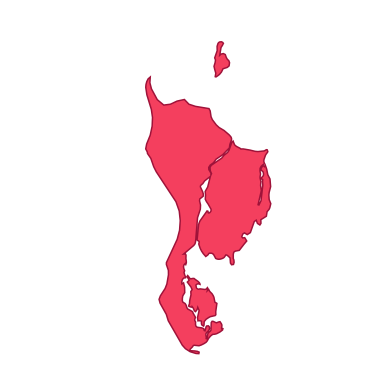 SVG path tracing the border of Nordjylland, rotated 289°
{"feature_id": "DNK-3418", "entity_name": "Nordjylland", "entity_type": "Region", "adm_level": 1, "iso_a3": "DNK", "parent_name": "Denmark", "parent_adm1": "", "projection": "natural_earth1", "projection_center": [9.42, 57.153], "detail": "fine", "context": "isolated", "style": "filled", "palette": "rose", "viewbox_px": 384, "rotation_deg": 289, "n_neighbors": 0, "source": "natural_earth", "source_scale": "10m", "svg_char_len": 5500}
<svg xmlns="http://www.w3.org/2000/svg" viewBox="0 0 384 384"><g transform="rotate(289 192 192)"><path d="M152.2,255.7L150.2,252.2L149.2,251.4L148.6,251.1L146.6,251.3L142.5,252.7L141.4,253.7L139.2,254.7L137.0,254.8L136.1,253.1L137.3,251.5L142.0,249.5L143.1,247.2L143.7,245.4L143.5,244.5L140.9,243.8L139.9,243.2L139.0,242.3L138.3,241.4L137.7,240.5L137.1,239.2L136.8,237.6L136.9,236.0L137.4,235.5L139.8,232.9L140.0,232.3L140.5,231.6L140.4,230.1L139.9,228.6L139.3,227.9L138.1,227.7L137.2,227.2L135.5,226.0L137.4,222.7L139.4,220.1L141.5,218.0L144.6,215.6L145.3,215.3L146.1,215.2L147.0,215.1L147.6,214.7L148.1,212.8L148.5,212.4L163.6,208.8L167.0,208.9L179.0,212.4L179.0,213.4L177.7,214.0L177.6,214.8L178.4,215.6L179.8,216.1L181.2,216.0L182.2,215.3L185.9,211.1L187.6,208.8L189.5,206.9L193.5,205.8L196.8,204.3L201.8,205.2L212.7,204.3L206.6,200.3L203.5,199.5L201.5,198.3L200.4,198.0L199.5,198.3L195.9,201.8L194.0,203.2L191.8,204.0L189.9,202.9L188.0,201.6L186.1,202.0L182.5,204.3L178.4,205.5L169.5,205.6L146.0,211.6L144.0,211.7L142.1,211.1L130.6,204.3L131.3,206.0L130.4,206.9L127.1,207.9L124.6,209.2L123.2,209.7L121.5,209.7L122.2,208.9L120.3,208.1L118.5,208.3L116.8,209.3L115.1,210.7L113.4,210.6L111.3,212.0L109.5,213.6L108.8,213.8L107.9,212.1L105.9,211.4L103.5,211.6L101.8,212.4L103.3,213.6L99.6,216.0L94.5,217.9L90.8,217.1L88.4,217.5L86.0,218.3L84.9,219.2L84.3,221.8L83.0,223.4L81.3,224.5L80.0,226.0L79.4,229.8L79.3,230.1L79.1,231.2L78.6,231.9L77.9,232.4L74.7,236.0L72.3,236.1L71.2,236.5L70.8,237.3L70.0,237.8L68.3,238.3L66.6,239.2L65.8,240.9L66.7,245.4L66.6,247.5L65.0,248.7L65.0,249.5L69.1,249.2L70.1,249.5L70.8,251.1L70.2,252.2L68.9,252.9L67.5,253.1L66.3,252.8L63.9,251.6L62.6,251.3L61.4,251.6L59.3,252.8L58.0,253.1L58.0,254.1L62.9,253.1L64.4,253.4L66.5,254.7L67.5,254.9L74.8,252.7L76.3,253.1L76.6,254.1L76.3,256.6L76.3,257.7L77.8,259.5L78.5,260.7L77.0,262.7L75.9,263.6L74.5,264.0L73.1,264.2L72.2,264.6L72.2,265.2L73.5,265.7L71.4,265.8L68.6,263.9L66.1,261.5L65.0,259.9L64.1,257.9L61.8,256.4L58.9,255.3L56.2,254.9L54.4,254.2L52.3,252.5L50.3,250.5L48.9,248.7L47.8,243.9L47.2,243.2L45.8,242.9L42.9,241.5L41.2,241.4L42.6,246.3L43.1,249.1L42.9,250.9L41.4,251.1L40.6,248.3L40.4,242.2L41.7,236.8L44.0,232.7L62.5,211.5L68.0,207.5L76.5,198.0L79.8,195.8L83.5,195.9L92.0,198.0L96.8,198.2L106.0,196.7L110.2,195.2L115.1,191.4L116.9,190.8L142.5,193.4L151.8,192.7L161.1,190.2L169.9,186.1L177.6,180.0L199.5,151.6L203.4,147.6L210.4,142.1L213.9,137.4L215.3,136.7L217.7,134.2L222.6,133.5L232.1,134.0L241.2,132.9L249.6,130.4L256.8,126.7L269.2,117.7L275.9,114.2L278.7,113.5L281.7,113.3L284.7,113.7L287.1,115.1L281.6,116.6L276.3,120.1L268.0,129.1L265.0,137.0L267.9,142.9L273.1,148.3L277.0,154.7L274.0,160.5L274.1,167.4L276.4,180.9L274.6,182.8L269.4,185.5L267.0,187.7L263.4,193.0L261.8,196.6L260.6,202.3L258.1,208.6L256.9,210.7L256.0,211.6L255.2,212.1L254.1,212.4L249.2,212.3L247.8,212.6L245.9,213.0L237.3,208.9L230.9,204.1L226.7,202.8L223.3,200.4L220.7,199.8L218.7,200.6L215.8,204.0L213.8,204.3L215.7,204.5L217.9,202.5L219.7,201.6L221.5,201.0L223.6,201.6L233.7,209.1L237.1,210.3L241.0,212.8L243.3,213.4L251.6,213.5L253.5,214.3L250.6,216.8L250.0,217.9L249.5,219.6L249.0,223.2L248.6,224.2L249.4,226.4L250.5,233.1L251.0,238.4L251.7,241.2L254.3,246.8L255.2,247.7L256.2,248.5L256.4,249.3L255.0,250.5L254.2,250.5L251.7,249.7L250.5,249.5L245.8,249.5L244.2,250.0L242.4,251.3L240.6,250.0L238.7,249.0L236.5,248.7L233.9,249.5L231.6,250.8L230.6,251.1L229.0,251.3L227.4,251.8L224.3,253.7L220.5,254.7L215.9,257.1L201.5,258.6L201.5,259.5L206.2,260.1L221.6,256.7L225.0,255.2L226.6,254.9L226.9,254.6L226.9,254.0L227.1,253.4L227.9,253.1L228.7,253.3L230.1,253.9L230.8,254.1L231.9,253.9L233.1,253.4L234.2,252.6L234.6,251.8L235.3,250.0L236.9,249.7L240.3,250.5L240.0,251.0L239.5,252.2L241.3,252.5L237.9,255.2L233.1,258.0L229.7,261.5L222.7,264.6L216.6,265.1L214.1,265.7L210.0,267.4L206.6,270.3L202.3,270.7L200.6,270.5L197.8,269.4L193.3,270.2L188.2,266.1L184.8,267.4L182.9,266.9L183.6,264.1L186.3,261.9L184.3,260.5L172.6,260.4L169.7,258.1L170.4,254.9L168.8,253.7L165.9,253.6L165.1,254.9L166.0,256.7L163.5,259.7L159.6,258.2L152.2,255.7ZM100.9,245.8L99.6,247.0L95.3,249.5L94.8,251.8L86.6,253.4L83.7,254.5L82.7,254.1L80.0,249.8L78.8,248.7L76.3,246.8L73.9,245.9L73.2,245.8L70.0,246.7L69.0,246.6L69.3,245.0L69.8,244.3L70.6,243.8L71.5,243.4L72.5,243.2L73.0,242.6L72.8,241.3L72.4,240.1L72.1,239.6L75.0,238.1L82.3,237.3L84.8,235.0L83.6,235.1L82.3,235.0L81.1,234.7L80.0,234.2L80.5,232.9L82.6,231.0L83.5,229.6L83.1,229.7L82.9,228.6L82.8,226.4L83.1,226.0L83.9,225.9L84.8,226.0L85.5,226.0L88.5,225.2L94.5,224.5L97.5,223.3L99.7,223.9L101.8,222.0L105.3,216.9L107.6,218.0L109.1,216.5L110.3,214.8L111.6,215.1L111.0,216.2L109.8,217.8L109.5,218.8L109.7,219.4L110.7,221.2L110.9,222.3L110.7,222.6L109.4,226.9L108.6,228.5L108.1,229.1L107.3,229.6L107.3,228.0L106.8,227.0L106.0,226.4L105.2,226.0L102.8,227.4L102.4,227.9L102.1,229.3L102.3,230.1L102.8,230.7L103.1,231.4L104.0,235.8L104.9,237.2L106.6,237.7L106.0,238.4L105.3,238.7L104.6,238.7L103.8,238.7L104.5,239.1L105.2,239.6L103.8,241.1L102.3,244.1L100.9,245.8ZM337.9,168.3L340.8,168.2L341.9,168.5L342.8,169.2L343.6,170.8L343.5,172.2L342.8,173.3L340.5,173.0L338.1,172.4L330.3,173.7L331.9,174.6L333.1,176.6L332.8,178.7L330.4,180.6L329.0,182.2L328.2,184.0L326.5,185.4L323.3,186.0L321.3,184.8L318.6,181.2L315.0,180.8L312.1,179.7L310.3,178.5L308.6,177.2L308.6,176.4L312.1,175.8L315.4,173.5L318.0,171.9L322.1,171.7L324.5,171.2L326.2,169.8L333.8,169.8L337.9,168.3Z" fill="#f43f5e" stroke="#9f1239" stroke-width="1.5"/></g></svg>